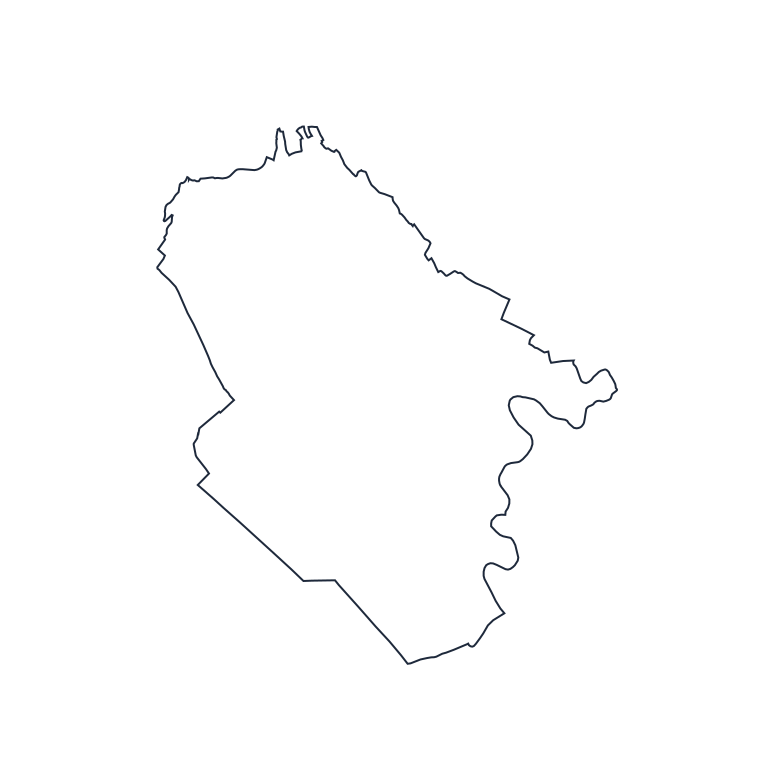 Grosi, Maramures, Romania, rotated 246°
{"feature_id": "2599482B61705992201694", "entity_name": "Grosi", "entity_type": "district", "adm_level": 2, "iso_a3": "ROU", "parent_name": "Romania", "parent_adm1": "Maramures", "projection": "natural_earth1", "projection_center": [23.601, 47.611], "detail": "fine", "context": "isolated", "style": "outline", "palette": "slate", "viewbox_px": 768, "rotation_deg": 246, "n_neighbors": 0, "source": "geoboundaries", "source_scale": "gbopen_adm2", "svg_char_len": 6154}
<svg xmlns="http://www.w3.org/2000/svg" viewBox="0 0 768 768"><g transform="rotate(246 384 384)"><path d="M328.3,566.8L332.2,556.8L335.4,545.3L338.7,545.4L346.8,547.3L347.6,543.3L354.2,538.7L355.9,536.6L358.6,535.3L361.6,533.0L364.7,535.1L366.1,536.9L367.6,540.8L378.6,532.0L395.4,517.6L400.2,522.3L410.2,533.0L416.2,527.5L425.1,521.1L428.2,518.8L438.6,508.9L441.6,506.6L446.5,503.2L449.7,501.5L451.4,501.0L452.6,500.4L453.7,499.7L454.6,499.0L455.3,496.8L455.8,496.4L456.7,496.0L458.3,494.7L458.4,494.2L458.4,493.3L457.7,489.2L457.3,485.6L457.6,484.8L458.9,484.1L460.4,483.7L463.7,482.3L464.4,481.4L464.2,479.1L469.6,478.9L474.0,479.0L479.6,478.5L478.8,475.1L480.6,474.5L485.4,473.9L487.0,475.3L489.9,479.7L493.6,483.7L494.5,483.7L495.8,483.4L497.2,482.7L499.5,480.6L500.0,480.2L501.0,479.8L517.6,476.5L516.9,474.8L516.6,474.5L518.5,474.0L519.0,474.1L519.7,473.0L521.1,472.1L522.8,471.8L524.7,471.1L527.8,470.5L531.4,469.3L532.5,468.7L533.4,467.8L536.9,468.5L538.8,468.6L541.9,468.1L545.6,467.1L547.7,466.8L549.6,467.2L551.2,467.8L557.3,461.7L560.1,458.4L560.9,457.6L561.5,457.3L566.7,455.4L570.0,453.9L571.3,453.5L576.0,453.3L584.7,453.6L585.4,453.3L587.4,450.8L587.8,450.4L588.5,450.3L588.3,447.3L588.1,446.5L586.9,445.2L585.9,444.4L585.6,444.0L585.3,443.4L585.2,443.0L585.3,442.6L586.3,442.0L588.0,441.5L588.2,441.2L590.3,440.5L593.6,439.5L596.4,438.3L600.1,437.4L600.9,437.2L605.1,437.4L609.1,437.1L613.2,437.2L614.0,437.0L617.3,435.6L616.8,433.5L616.3,433.1L616.4,432.7L618.5,430.8L622.0,428.8L622.1,428.6L622.2,427.4L622.9,426.6L624.8,425.7L625.5,425.7L629.4,424.5L630.2,426.0L631.4,425.9L631.6,427.8L633.8,427.8L636.9,427.3L638.7,427.3L646.0,427.3L647.0,425.2L648.4,422.8L649.5,419.6L647.5,419.0L644.7,418.6L642.6,418.7L639.9,419.1L640.1,417.9L639.8,416.1L639.9,414.9L640.4,414.6L641.9,414.4L646.7,414.4L648.2,414.6L651.8,415.5L652.4,414.0L652.1,412.4L652.3,411.5L652.2,410.7L652.0,409.7L651.2,408.0L650.6,407.1L650.3,407.2L647.3,408.3L644.8,409.0L643.6,409.3L641.9,409.4L642.1,409.1L642.0,408.8L641.1,407.9L641.1,407.0L639.4,406.6L636.3,405.3L632.6,404.2L630.6,403.8L630.1,403.8L630.0,404.0L631.6,397.3L631.8,393.4L631.4,390.4L632.7,390.4L635.1,389.8L637.5,389.8L643.5,391.4L645.6,392.2L651.4,393.3L655.6,394.4L656.0,393.5L656.9,392.0L659.9,392.3L659.7,390.4L659.1,390.3L657.9,389.1L653.2,386.1L651.4,385.8L651.1,385.6L650.9,385.0L648.8,384.1L648.0,383.6L643.4,382.2L641.1,380.4L640.5,379.5L633.3,374.2L634.4,373.5L638.9,369.2L634.3,364.9L633.5,363.9L632.3,361.6L631.9,360.4L631.6,358.8L631.4,356.7L631.5,355.0L632.1,352.6L637.7,342.3L638.7,340.1L639.4,338.1L639.6,336.8L639.3,334.9L636.8,328.3L636.5,326.9L636.4,324.9L636.5,323.7L637.5,320.0L639.8,316.1L640.4,314.5L640.7,313.2L642.1,312.0L642.8,310.5L644.7,304.0L646.2,299.9L644.6,297.3L645.4,295.3L647.0,293.9L647.3,293.4L647.5,292.4L647.9,291.8L648.7,290.9L649.8,290.2L650.4,289.5L650.0,288.9L651.1,289.4L652.0,289.2L653.0,288.4L650.8,286.0L649.7,284.0L649.5,282.8L649.5,281.6L650.0,280.9L650.0,280.3L649.7,279.3L648.8,278.2L648.0,277.9L646.4,276.6L645.1,275.9L642.8,274.3L641.5,270.8L640.4,268.9L638.5,266.4L637.0,263.2L636.6,262.1L636.5,260.0L636.0,258.2L634.7,256.5L630.7,253.9L628.8,253.4L626.6,252.3L625.3,251.4L623.2,249.3L622.4,249.3L622.0,249.6L621.9,250.6L623.9,256.7L624.8,258.8L624.0,259.5L622.8,258.3L618.5,256.0L617.6,255.1L615.8,251.2L614.3,249.1L613.0,248.1L609.8,246.7L608.7,245.3L607.6,243.1L607.0,242.8L605.0,242.8L598.8,232.4L590.5,236.1L587.9,233.3L582.9,224.4L581.5,224.0L579.5,225.1L576.0,226.0L566.6,230.1L557.6,233.2L551.7,233.6L528.7,233.4L515.8,234.4L493.1,234.8L481.2,234.7L476.4,234.5L473.0,234.1L469.1,234.2L463.4,234.7L458.9,234.7L455.5,235.2L447.4,235.9L445.7,235.8L444.1,236.1L442.6,237.1L441.3,237.2L439.9,237.9L438.0,238.3L436.2,238.4L430.3,240.4L424.4,222.8L425.8,222.2L418.6,197.3L413.9,194.1L414.2,193.9L410.3,191.2L407.0,186.0L406.3,185.6L405.3,185.3L395.3,183.0L393.3,183.1L378.9,186.7L373.4,187.7L367.5,172.8L348.0,181.8L336.3,186.9L315.9,196.2L272.8,215.1L252.3,224.0L236.8,230.3L233.6,238.3L224.6,259.4L218.5,261.0L191.3,269.8L165.9,277.7L146.5,284.3L129.4,289.2L118.8,291.8L118.0,294.6L117.5,305.3L116.1,312.0L115.1,315.9L114.0,318.7L113.6,320.9L113.9,327.5L113.3,331.4L112.8,339.8L112.5,354.4L112.6,355.3L110.8,355.4L109.9,355.9L108.8,356.8L108.1,358.0L108.1,359.6L109.3,362.3L112.9,368.6L115.9,373.4L121.2,380.7L123.8,387.7L125.6,400.7L131.6,399.0L140.5,397.8L149.9,397.5L165.1,396.5L168.2,397.0L172.0,398.7L175.0,401.0L176.9,403.7L177.2,405.8L177.0,408.3L175.7,410.7L172.9,413.4L165.4,419.7L164.0,421.8L163.7,424.3L164.3,427.3L165.2,429.8L168.2,434.3L170.8,436.1L183.3,438.4L188.3,438.2L191.8,437.2L196.4,430.9L199.1,428.5L203.6,426.4L210.4,424.0L213.1,425.2L215.5,426.9L217.6,431.8L218.1,433.6L216.9,438.0L215.1,441.6L218.0,443.2L220.4,446.9L223.9,449.9L227.6,451.6L232.1,451.7L243.2,449.1L243.7,449.3L244.3,449.0L246.0,449.1L248.9,449.8L250.9,450.7L252.4,451.7L254.3,453.8L255.2,455.1L259.0,460.0L259.7,461.0L260.4,463.2L260.4,464.6L260.1,467.9L258.2,474.4L258.0,475.8L258.1,477.1L258.9,480.3L261.4,486.2L265.0,491.9L268.6,495.1L272.0,496.5L277.1,497.1L292.1,490.4L300.7,488.8L308.8,488.3L313.8,489.3L317.5,492.0L318.4,493.2L319.4,496.8L318.6,500.9L317.2,503.5L315.6,505.3L314.3,507.7L309.0,514.8L307.1,516.2L303.1,518.5L299.0,519.7L291.2,521.7L289.5,522.3L286.4,524.0L284.3,525.7L281.7,528.7L277.7,534.9L275.7,536.4L273.5,536.7L271.8,537.3L266.8,539.6L265.3,541.7L264.8,543.2L264.6,544.7L264.6,545.8L264.9,547.2L265.6,548.6L266.5,550.1L267.5,551.1L270.5,553.2L274.3,555.6L278.2,558.2L279.1,558.8L279.9,560.5L280.2,561.5L280.2,562.7L280.1,563.8L280.2,566.3L280.6,567.5L281.3,568.6L281.8,571.0L281.6,572.4L281.0,574.1L278.7,577.2L278.2,580.0L278.1,583.1L278.3,584.4L278.8,585.4L281.6,588.0L282.1,588.7L283.1,593.1L283.5,594.1L283.9,594.5L284.6,594.6L286.1,594.2L288.5,594.9L289.9,595.2L293.3,595.1L297.4,594.7L300.4,594.1L302.7,594.2L303.9,594.1L306.2,593.1L307.0,592.4L307.3,592.0L307.5,591.3L307.9,587.7L307.6,585.1L306.7,582.8L305.3,578.4L303.4,575.0L302.6,571.9L302.6,569.0L304.4,566.7L306.5,565.5L309.3,565.5L319.9,566.4L322.2,566.2L324.7,565.2L326.5,565.5L328.0,566.4L328.3,566.8Z" fill="none" stroke="#1e293b" stroke-width="2"/></g></svg>